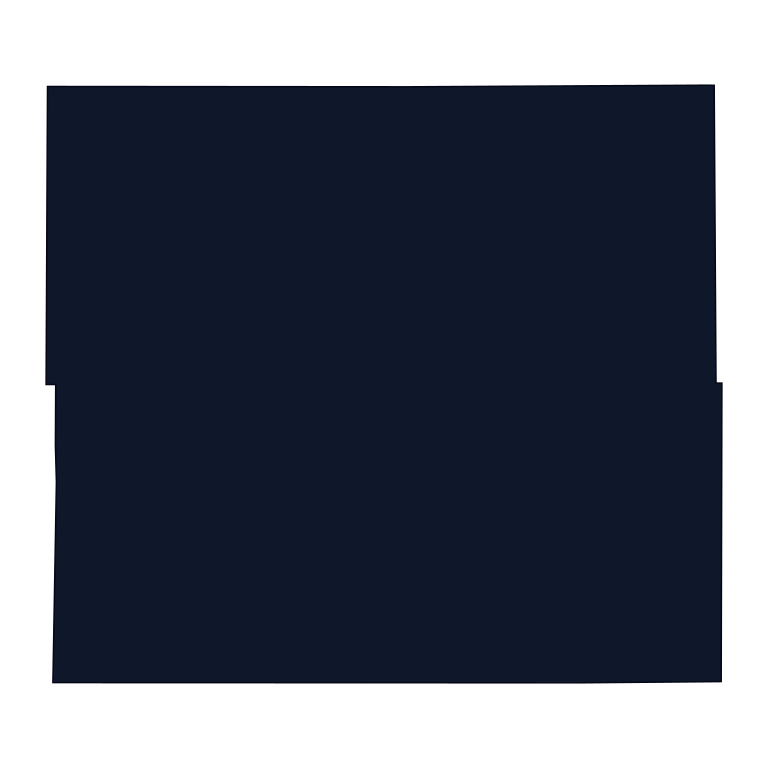 the district of Custer, Nebraska, United States of America
{"feature_id": "52423323B7268339406067", "entity_name": "Custer", "entity_type": "district", "adm_level": 2, "iso_a3": "USA", "parent_name": "United States of America", "parent_adm1": "Nebraska", "projection": "orthographic", "projection_center": [-99.806, 41.394], "detail": "fine", "context": "isolated", "style": "filled", "palette": "ink", "viewbox_px": 768, "rotation_deg": 0, "n_neighbors": 0, "source": "geoboundaries", "source_scale": "gbopen_adm2", "svg_char_len": 299}
<svg xmlns="http://www.w3.org/2000/svg" viewBox="0 0 768 768"><path d="M47.5,86.5L46.1,384.5L55.7,384.5L55.4,445.8L56.4,481.9L52.9,682.6L62.0,682.6L579.6,682.8L721.2,681.6L721.9,383.1L716.0,383.1L714.2,85.3L707.9,85.2L409.6,86.8L47.5,86.5Z" fill="#0f172a" stroke="#020617" stroke-width="1.5"/></svg>